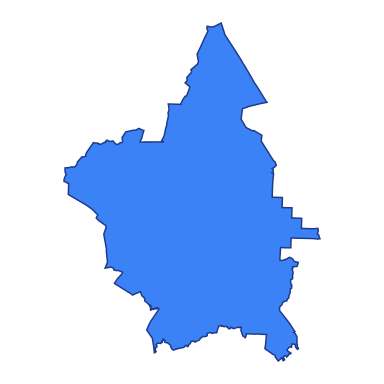 Raunas pag., Raunas, Latvia
{"feature_id": "27541924B42175527165431", "entity_name": "Raunas pag.", "entity_type": "district", "adm_level": 2, "iso_a3": "LVA", "parent_name": "Latvia", "parent_adm1": "Raunas", "projection": "orthographic", "projection_center": [25.644, 57.352], "detail": "fine", "context": "isolated", "style": "filled", "palette": "blue", "viewbox_px": 384, "rotation_deg": 0, "n_neighbors": 0, "source": "geoboundaries", "source_scale": "gbopen_adm2", "svg_char_len": 5986}
<svg xmlns="http://www.w3.org/2000/svg" viewBox="0 0 384 384"><path d="M155.0,352.6L155.6,352.1L156.1,351.5L156.0,351.3L155.6,351.1L155.6,350.5L155.4,350.1L155.3,349.0L155.4,348.5L155.8,347.6L156.8,346.9L157.0,346.5L157.0,346.0L156.9,345.7L156.1,344.9L156.0,344.7L156.0,344.4L157.8,343.3L159.0,343.2L160.6,343.5L160.8,343.4L161.2,342.7L162.1,342.5L162.2,342.1L161.7,341.6L161.7,341.3L161.7,341.2L162.4,341.3L163.2,340.4L163.3,340.2L162.9,339.4L163.0,339.2L163.5,339.2L163.9,339.5L164.8,340.3L164.9,341.1L164.7,342.1L164.9,342.2L166.1,342.7L167.3,342.7L169.8,344.6L170.6,345.6L170.7,346.2L171.0,347.3L171.7,348.7L172.1,349.3L173.4,350.1L176.7,349.0L176.6,348.8L183.9,347.4L185.9,345.3L187.7,346.7L188.2,346.4L188.7,344.6L190.1,343.8L191.3,341.4L194.2,341.1L194.9,342.1L199.5,339.9L200.2,338.6L202.9,336.5L204.7,336.6L206.4,336.3L207.3,335.5L207.0,333.8L208.2,333.0L210.6,332.5L212.0,333.4L215.0,332.7L216.6,332.8L217.4,330.5L217.6,329.1L218.7,326.2L219.1,326.2L220.5,325.6L221.2,325.5L221.8,325.6L221.8,325.8L221.7,326.3L221.8,326.4L222.2,326.3L222.2,326.2L222.2,325.9L222.3,325.8L223.0,326.1L223.9,326.7L224.2,326.5L224.9,326.6L225.8,326.3L226.6,326.8L227.3,326.7L227.6,327.0L227.5,327.5L228.3,328.1L228.9,328.8L229.4,328.6L229.7,328.8L229.8,328.8L230.3,328.3L230.8,327.3L231.7,327.5L232.0,327.9L232.5,327.8L233.0,328.4L233.9,328.6L238.0,327.2L239.2,327.3L239.5,327.6L240.1,327.1L240.3,327.1L240.5,327.5L241.3,327.4L240.9,330.4L242.8,335.8L245.3,337.7L246.0,336.0L246.3,334.8L246.4,333.8L254.7,334.1L257.4,334.0L263.6,334.4L266.5,334.4L265.5,345.0L265.2,346.9L265.0,347.4L265.0,348.8L271.5,353.3L271.6,353.5L272.7,354.2L275.2,355.4L275.3,357.1L278.3,361.0L281.8,357.8L283.1,360.7L284.6,359.9L284.2,358.6L283.4,358.4L283.3,357.4L283.5,356.6L285.7,355.6L286.7,357.0L288.2,355.5L288.6,354.1L290.2,354.0L291.0,353.2L287.4,350.8L287.1,349.5L289.5,347.0L290.3,346.9L291.5,347.3L291.9,343.9L295.1,344.4L295.4,346.5L296.5,348.6L297.5,349.3L298.4,348.8L298.3,348.1L297.4,347.1L297.3,344.8L297.0,344.0L297.0,337.1L296.8,336.7L296.5,335.9L295.4,333.8L293.6,332.5L295.0,331.6L294.2,330.6L289.9,323.9L286.5,319.4L279.6,310.7L279.6,307.1L280.8,305.9L282.0,304.6L282.8,302.3L285.0,301.2L286.8,300.9L286.9,300.7L287.3,299.2L288.7,298.0L289.3,294.5L289.7,293.9L290.2,292.5L290.3,291.3L290.1,290.0L290.1,289.9L290.3,289.2L290.7,288.7L291.2,288.6L291.6,288.2L291.8,287.7L291.3,286.7L291.4,286.3L291.9,285.6L291.9,285.4L291.8,285.1L291.3,284.7L290.7,282.2L290.6,281.4L290.7,280.7L290.7,279.9L291.0,279.2L291.7,279.3L292.5,278.8L292.7,278.2L292.6,276.6L292.4,275.5L292.5,275.1L293.1,273.7L292.8,273.3L293.0,272.0L292.1,268.6L292.7,268.5L292.9,268.1L292.9,267.5L292.5,266.8L297.1,266.4L298.3,262.4L293.9,261.3L292.9,259.1L291.1,257.9L289.4,257.3L285.4,259.7L284.9,259.4L283.8,260.1L282.1,260.6L279.8,260.0L280.6,247.5L285.6,247.8L290.8,247.8L291.1,238.0L313.9,238.6L317.8,239.1L320.0,238.7L318.8,236.1L319.0,235.6L318.3,234.5L317.7,234.2L317.3,233.8L318.3,230.9L318.0,228.8L317.8,228.3L313.6,228.8L301.4,228.4L301.7,218.3L291.7,217.9L292.0,207.8L282.1,207.6L282.4,197.5L272.2,197.2L272.5,187.1L272.8,181.4L273.0,179.3L273.6,173.6L272.0,172.7L273.1,172.3L273.3,170.9L273.1,169.3L272.2,168.7L274.5,167.2L276.3,165.2L275.1,161.9L274.5,161.5L273.2,160.2L261.2,141.1L261.9,135.3L253.8,130.5L252.9,131.0L246.1,127.6L241.1,119.1L242.4,108.8L246.5,107.3L250.5,106.0L260.1,103.7L267.0,102.3L265.9,100.9L256.4,85.6L255.4,84.3L254.8,83.5L251.6,77.7L247.0,69.9L246.9,69.9L245.1,66.5L242.9,63.3L242.5,62.3L240.3,58.7L234.2,49.0L228.4,40.2L225.0,34.9L221.2,23.0L214.5,26.4L211.4,27.1L207.2,26.2L206.9,27.4L206.9,28.2L207.0,29.1L208.0,30.9L207.5,32.1L204.9,37.3L200.4,47.3L197.1,54.2L198.5,61.9L197.3,64.3L190.9,69.7L191.5,71.0L191.4,72.3L186.9,77.3L187.1,80.8L185.1,82.8L189.8,86.8L189.3,88.8L186.5,96.1L185.2,96.2L182.9,99.5L180.7,104.0L180.9,104.2L179.0,104.3L168.3,104.0L169.1,109.5L168.0,113.1L168.5,115.5L166.9,123.0L166.8,124.4L166.4,126.4L165.8,127.9L164.3,135.1L163.9,136.4L161.7,140.7L163.9,141.9L140.1,142.0L140.2,141.1L140.4,140.6L141.2,139.4L141.7,138.3L142.7,134.2L143.8,130.9L143.8,130.5L143.5,130.6L139.0,128.4L136.5,129.7L136.4,130.0L134.2,130.3L134.0,130.1L125.9,131.8L122.1,137.5L122.6,141.6L121.6,142.8L120.1,142.7L118.7,144.0L117.0,144.5L115.5,143.9L112.9,140.9L109.9,141.5L106.8,140.1L105.6,141.4L105.2,142.5L104.5,142.3L100.7,144.4L100.4,144.4L99.1,143.8L98.5,144.1L98.0,143.1L95.6,143.1L93.4,142.6L87.6,151.0L86.0,153.6L85.7,156.0L83.4,157.1L82.1,156.7L82.0,156.8L77.9,161.4L77.5,161.7L76.8,164.7L74.5,167.2L71.6,166.8L70.0,167.4L68.8,167.6L65.0,167.9L65.1,171.8L65.9,174.5L66.2,174.7L65.2,176.3L64.2,178.8L64.0,181.4L65.6,182.0L67.7,183.3L68.7,183.4L68.3,194.5L87.0,205.5L92.3,209.4L94.1,211.1L97.8,215.0L96.2,217.9L96.3,218.0L98.3,220.3L105.8,225.6L106.3,226.9L106.0,227.4L105.9,227.9L105.2,230.2L104.5,231.8L104.4,232.3L103.8,234.3L106.5,249.4L106.3,251.0L107.5,262.2L105.1,268.1L111.1,267.1L113.3,268.0L113.7,269.2L113.8,269.9L116.2,270.6L118.4,270.5L122.5,272.2L122.6,272.3L122.1,273.6L117.1,279.3L114.4,283.4L132.4,294.7L132.5,295.0L134.4,294.3L134.6,294.0L140.6,291.7L140.9,292.5L141.0,293.1L141.0,293.8L142.0,295.8L142.5,296.4L143.7,297.2L144.3,298.1L144.6,298.8L144.7,299.3L144.7,299.8L144.9,300.7L144.9,301.0L145.0,301.3L146.2,302.0L147.0,302.8L147.5,303.2L148.5,304.3L149.2,304.6L149.3,305.0L149.8,305.1L149.5,305.6L149.6,305.9L150.2,305.4L150.6,305.3L150.7,305.5L150.3,306.4L150.3,306.6L151.3,307.1L150.3,308.8L150.4,309.3L150.7,310.1L151.0,309.9L151.1,309.5L151.4,309.3L151.5,309.4L151.4,309.5L151.6,309.7L151.9,309.6L152.5,308.7L152.7,308.8L153.4,309.3L153.9,308.5L154.1,308.4L154.6,309.0L154.9,309.1L155.2,308.8L155.6,308.1L156.1,307.8L156.3,308.0L156.0,308.0L156.0,308.4L156.5,308.8L156.7,308.7L157.3,308.2L157.3,307.7L157.5,307.7L157.7,308.5L158.4,308.7L158.5,308.7L158.4,308.9L158.7,309.1L158.8,309.0L158.9,308.6L159.0,308.4L158.5,309.9L150.6,321.5L148.4,325.9L146.7,330.0L152.3,338.2L153.5,345.5L154.4,352.8L155.0,352.6Z" fill="#3b82f6" stroke="#1e3a8a" stroke-width="1.5"/></svg>